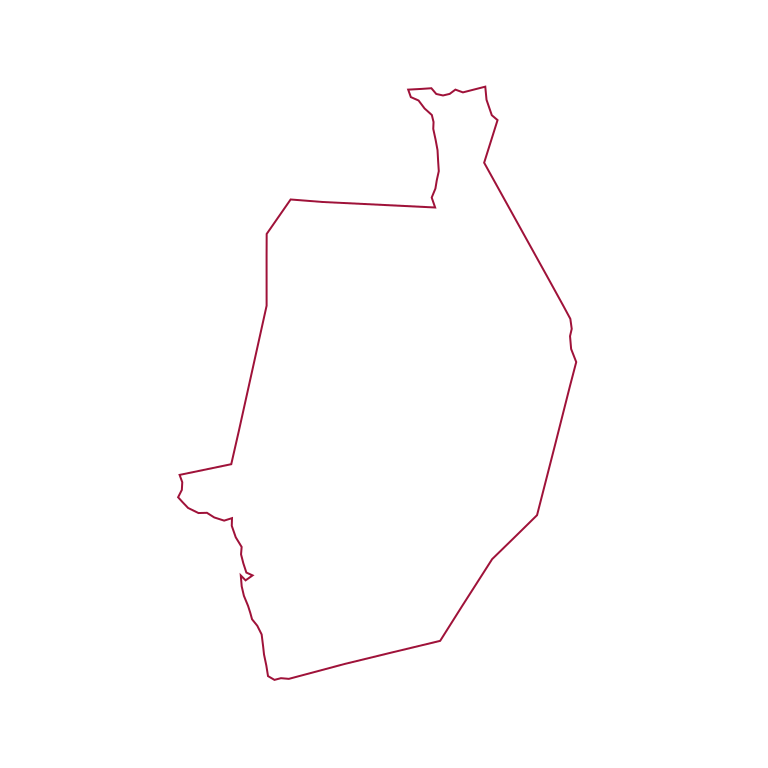 the district of Potengi, Ceará, Brazil, rotated 280°
{"feature_id": "56859067B77069723419317", "entity_name": "Potengi", "entity_type": "district", "adm_level": 2, "iso_a3": "BRA", "parent_name": "Brazil", "parent_adm1": "Ceará", "projection": "orthographic", "projection_center": [-40.027, -7.067], "detail": "fine", "context": "isolated", "style": "outline", "palette": "rose", "viewbox_px": 768, "rotation_deg": 280, "n_neighbors": 0, "source": "geoboundaries", "source_scale": "gbopen_adm2", "svg_char_len": 1192}
<svg xmlns="http://www.w3.org/2000/svg" viewBox="0 0 768 768"><g transform="rotate(280 384 384)"><path d="M663.6,450.0L667.4,443.5L681.7,435.6L694.4,432.1L684.9,411.1L686.3,403.2L681.1,398.3L678.4,392.0L678.7,385.1L683.5,379.3L681.1,369.6L678.1,356.7L671.2,360.6L669.2,368.8L662.4,376.1L657.2,384.4L650.6,387.3L643.8,388.2L633.5,392.4L623.6,396.1L612.9,398.6L603.1,401.0L594.0,400.6L585.4,400.7L575.9,398.6L566.7,403.7L552.6,292.1L549.5,260.0L511.4,242.4L489.9,246.1L440.7,254.8L312.5,249.2L278.5,247.5L259.0,198.5L252.2,202.4L244.6,203.3L236.7,200.9L232.6,206.2L227.9,212.6L224.7,223.7L226.4,232.0L223.1,240.0L221.7,250.3L225.5,257.6L217.9,258.7L207.3,264.6L198.8,272.1L191.4,272.8L183.0,276.6L174.4,281.2L172.7,287.8L166.6,281.8L170.6,276.2L160.0,279.0L151.1,282.8L141.8,288.7L135.3,292.1L129.4,294.9L123.9,301.2L116.1,307.0L104.7,310.5L96.8,312.8L86.3,317.0L76.2,320.5L73.6,327.5L76.4,333.6L77.1,341.5L101.4,393.7L121.6,439.8L140.8,483.9L178.9,499.5L216.8,515.3L230.3,520.9L254.2,538.1L281.4,557.5L353.4,563.0L414.4,567.5L439.0,569.5L451.0,562.2L463.4,558.9L470.9,559.3L480.5,556.2L491.9,547.2L516.5,527.4L619.3,444.2L663.6,450.0Z" fill="none" stroke="#9f1239" stroke-width="2"/></g></svg>